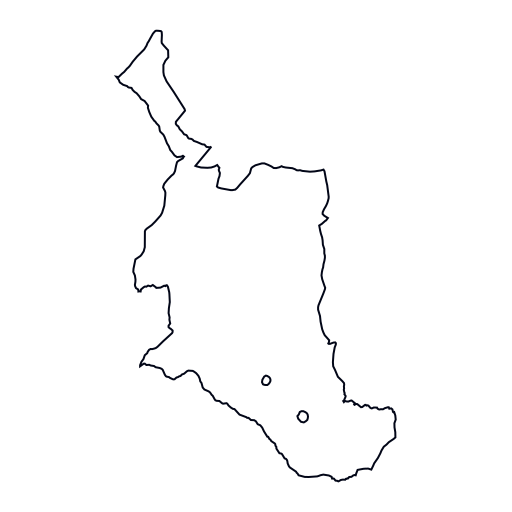 the district of Kole, Kasaï-Oriental, Democratic Republic of the Congo
{"feature_id": "63176286B77592742780307", "entity_name": "Kole", "entity_type": "district", "adm_level": 2, "iso_a3": "COD", "parent_name": "Democratic Republic of the Congo", "parent_adm1": "Kasaï-Oriental", "projection": "natural_earth1", "projection_center": [22.534, -3.425], "detail": "fine", "context": "isolated", "style": "outline", "palette": "ink", "viewbox_px": 512, "rotation_deg": 0, "n_neighbors": 0, "source": "geoboundaries", "source_scale": "gbopen_adm2", "svg_char_len": 6084}
<svg xmlns="http://www.w3.org/2000/svg" viewBox="0 0 512 512"><path d="M140.1,366.3L143.7,363.7L144.7,363.6L146.4,365.0L149.2,364.8L150.7,365.5L154.0,366.0L155.6,367.2L159.7,368.0L161.6,368.8L162.7,369.8L164.9,374.8L165.9,376.2L166.5,376.6L169.0,377.1L169.8,377.8L172.7,379.2L173.8,379.4L174.6,379.2L176.5,377.5L178.0,377.1L179.2,376.3L180.5,376.0L181.9,374.5L184.1,373.7L187.0,371.2L188.4,370.6L192.8,370.9L194.3,371.8L196.2,373.2L198.4,375.8L199.7,378.6L200.3,381.4L201.5,383.0L202.7,387.5L204.4,389.5L208.7,391.4L210.1,392.5L211.7,394.9L212.7,395.7L214.6,399.2L215.4,400.3L216.7,400.8L219.4,401.0L222.0,403.2L223.1,403.7L226.5,403.2L227.3,403.7L228.5,405.5L230.8,407.5L232.8,408.8L234.5,409.1L239.5,414.6L246.4,417.2L247.2,417.9L248.6,417.9L250.9,420.0L254.2,420.2L255.9,421.3L257.7,424.2L260.3,425.3L262.2,427.6L264.0,431.4L267.3,436.7L268.2,436.8L269.4,439.0L270.3,439.5L271.3,441.1L274.8,443.5L275.2,444.0L275.5,445.8L276.3,446.8L276.4,448.6L279.4,453.2L281.3,453.6L282.0,454.1L284.6,458.4L286.0,458.9L286.8,459.8L287.3,461.0L287.7,463.5L288.9,466.2L289.8,467.4L296.1,471.7L296.6,472.7L297.6,473.6L298.6,475.3L304.7,476.9L308.6,477.0L317.1,476.4L318.5,476.0L320.6,475.2L323.3,474.6L328.9,475.5L331.6,476.8L332.1,478.6L333.5,478.5L334.0,478.7L335.5,480.6L337.2,480.8L338.2,481.3L338.6,481.3L340.8,480.0L342.8,479.6L345.2,479.7L345.8,478.9L346.7,478.9L347.3,478.3L348.1,478.4L349.2,477.0L351.5,476.8L353.1,475.5L354.5,475.0L355.7,475.3L356.2,473.5L357.6,469.9L363.4,468.8L364.9,468.7L368.2,468.6L371.3,469.6L373.2,465.7L374.2,463.3L377.9,458.0L380.3,453.4L381.5,450.5L383.8,446.7L386.5,444.6L388.8,442.2L393.7,438.9L395.4,437.4L395.3,432.2L394.5,427.4L394.4,423.2L395.7,419.6L395.3,415.5L394.2,412.1L393.6,412.4L393.0,411.9L392.4,409.4L391.2,408.4L389.3,408.7L388.8,407.3L388.1,407.2L385.0,408.1L382.9,409.3L380.8,409.2L379.6,409.5L378.9,409.4L377.6,408.7L377.0,407.6L373.8,407.5L372.1,408.3L371.5,408.4L370.3,407.8L368.5,405.7L367.7,405.3L366.4,405.6L365.8,404.9L365.0,404.9L362.3,407.0L361.0,407.2L357.3,404.1L356.1,404.0L354.5,404.8L354.1,404.3L354.9,403.2L351.6,400.5L350.7,400.6L348.2,401.6L346.2,401.4L345.2,401.0L344.7,401.2L343.9,402.1L343.3,401.1L343.8,400.9L345.6,396.6L345.6,395.9L344.4,394.2L344.7,393.1L344.3,392.3L343.8,389.8L344.1,388.3L343.9,386.5L344.2,384.7L344.0,383.1L342.3,381.1L337.9,376.8L335.0,369.9L333.2,366.3L332.9,362.2L333.5,353.9L334.7,347.4L335.8,344.6L335.9,343.2L335.2,342.4L333.4,342.6L329.9,343.9L328.8,343.9L328.3,343.5L328.9,342.2L329.2,340.3L324.7,335.2L323.4,332.5L322.2,329.3L320.6,321.7L320.0,316.0L318.1,309.7L318.1,307.2L318.5,305.3L323.3,293.6L324.9,289.3L325.2,287.8L324.4,285.7L322.2,279.2L321.5,275.4L321.9,272.1L322.5,269.2L323.1,267.5L323.5,264.2L324.4,260.8L324.9,257.8L324.9,255.7L324.3,253.4L324.3,249.0L322.9,244.8L322.6,240.3L322.1,237.3L321.0,234.0L320.2,230.8L319.2,225.5L321.8,223.9L325.2,220.9L326.1,220.4L327.9,218.0L324.2,215.7L322.6,214.0L322.7,212.2L324.0,209.3L326.0,205.9L327.2,203.3L327.9,201.1L328.6,198.4L328.7,196.8L327.2,185.2L326.3,181.4L324.5,171.3L323.5,169.6L320.9,170.4L314.6,171.4L310.0,171.7L302.3,170.9L300.0,170.2L298.1,170.4L296.6,170.2L295.2,169.3L292.4,168.2L285.7,167.5L282.9,166.9L281.6,166.2L279.3,167.3L276.1,168.1L273.7,168.0L271.5,166.5L268.2,164.9L264.4,163.4L261.9,163.4L255.4,165.3L252.4,167.1L251.2,168.4L249.9,173.2L247.9,175.8L240.2,184.3L237.2,187.9L235.3,189.6L232.5,190.1L230.6,190.1L221.2,188.4L218.1,187.5L216.9,186.5L218.5,178.7L219.5,176.1L219.9,173.0L218.9,170.6L218.8,169.5L219.4,167.8L218.5,166.8L217.2,165.0L214.6,166.4L211.2,167.5L207.4,167.8L201.0,167.5L196.4,166.3L195.4,165.9L211.3,146.7L209.9,147.3L206.5,146.9L204.5,144.6L202.2,144.3L197.0,142.0L193.8,140.9L192.6,139.6L191.3,138.9L189.0,138.6L188.2,138.0L186.8,135.5L186.2,135.0L184.1,134.3L182.0,131.4L179.8,129.3L178.3,126.4L176.8,125.3L175.8,123.8L175.9,121.8L185.0,110.7L184.6,109.1L173.7,91.9L166.6,81.4L163.9,75.4L163.4,72.1L163.4,64.9L165.4,60.7L168.3,57.3L168.1,50.3L163.8,45.6L161.8,43.1L161.6,41.7L161.9,35.0L161.7,32.0L160.9,31.1L158.4,30.8L156.1,30.7L155.2,31.1L153.8,32.6L152.9,33.7L149.6,39.6L149.0,40.8L147.5,43.1L146.5,45.7L144.2,49.4L137.1,56.5L132.8,61.6L129.8,65.9L128.3,67.5L127.0,68.6L124.2,71.9L122.1,73.6L118.5,77.1L116.3,76.7L118.7,79.7L119.8,82.4L123.2,84.8L127.1,86.1L128.0,87.1L128.8,87.5L131.5,87.9L132.7,90.0L134.6,91.9L136.6,93.2L139.3,96.3L141.1,99.1L144.6,101.0L148.1,105.6L147.9,107.8L149.3,112.1L151.3,116.7L154.3,120.9L155.2,121.5L156.5,123.4L158.6,125.5L159.2,126.5L159.8,130.5L160.3,131.7L163.3,134.6L164.5,136.8L167.0,143.3L168.8,146.2L170.3,150.1L171.8,151.7L174.5,155.4L177.0,157.1L181.3,156.6L182.9,155.8L183.9,156.6L183.5,157.0L182.8,158.4L178.2,161.0L177.0,162.2L176.1,165.6L175.0,171.1L174.0,173.2L173.3,174.2L171.4,175.7L167.7,179.5L164.3,183.7L163.4,186.0L163.1,187.5L165.0,191.1L165.4,192.7L165.3,195.3L164.3,205.7L162.1,212.8L160.6,215.5L155.2,221.6L151.7,225.1L146.7,228.7L145.3,230.2L144.9,231.4L144.8,247.2L143.7,251.3L141.6,254.6L140.4,256.0L135.4,259.4L133.5,268.8L133.3,271.9L134.9,275.5L135.5,279.5L135.4,281.9L134.9,284.9L135.1,286.1L136.0,288.1L138.2,289.5L138.4,291.5L139.2,291.3L140.6,291.5L141.0,289.5L143.7,287.2L145.0,286.5L146.3,286.7L148.1,285.6L150.6,286.3L152.8,285.0L155.9,287.3L156.3,287.9L160.5,287.6L164.2,285.7L165.4,286.1L166.0,285.4L166.8,285.2L167.9,286.7L169.2,292.1L169.4,294.0L169.8,302.1L168.9,308.2L168.6,313.2L169.6,317.4L169.4,319.8L170.2,323.5L168.6,325.6L168.5,327.0L169.6,328.2L170.6,328.7L172.6,330.5L172.6,332.0L172.1,333.1L163.1,341.3L157.4,346.9L155.7,348.1L153.8,348.7L152.1,349.1L150.6,349.0L149.1,349.8L147.7,351.8L147.2,353.2L144.8,355.2L143.4,359.2L141.5,361.7L140.1,365.2L140.1,366.3ZM298.8,414.5L299.8,412.0L301.5,411.2L303.3,411.2L305.5,412.2L306.9,413.3L307.6,414.5L308.0,416.5L307.8,418.1L307.3,419.9L305.7,421.3L303.8,422.4L301.0,421.8L298.2,418.7L297.4,416.1L298.8,414.5ZM264.2,384.8L263.0,384.3L262.0,382.2L262.4,379.7L264.2,376.6L265.9,375.6L267.3,376.0L269.1,377.1L270.1,378.4L270.5,380.0L270.3,381.4L269.6,382.7L268.6,384.0L267.3,385.0L265.7,385.0L264.2,384.8Z" fill="none" stroke="#020617" stroke-width="2"/></svg>